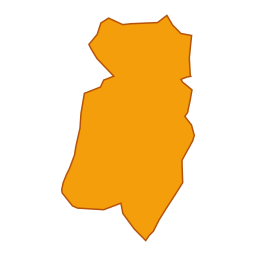 Kateila, Southern Darfur, Sudan (Robinson projection)
{"feature_id": "16777658B63879676437189", "entity_name": "Kateila", "entity_type": "district", "adm_level": 2, "iso_a3": "SDN", "parent_name": "Sudan", "parent_adm1": "Southern Darfur", "projection": "robinson", "projection_center": [24.324, 11.019], "detail": "fine", "context": "isolated", "style": "filled", "palette": "amber", "viewbox_px": 256, "rotation_deg": 0, "n_neighbors": 0, "source": "geoboundaries", "source_scale": "gbopen_adm2", "svg_char_len": 945}
<svg xmlns="http://www.w3.org/2000/svg" viewBox="0 0 256 256"><path d="M191.6,35.5L180.9,33.5L172.6,25.1L166.9,15.4L157.5,22.6L131.4,23.7L122.7,24.6L108.6,18.1L100.9,23.0L97.2,34.4L88.9,44.4L90.8,48.3L94.1,53.8L97.0,58.6L113.8,76.2L103.7,80.1L100.5,87.0L95.5,89.0L84.4,93.3L81.0,113.4L80.0,128.1L75.9,146.4L74.5,155.1L69.4,168.7L66.5,174.5L63.2,182.7L61.7,189.8L62.2,193.0L72.5,205.9L77.6,208.1L103.7,209.7L120.9,203.2L122.9,213.5L134.1,228.8L145.7,240.6L149.2,235.4L153.4,231.2L159.2,219.7L161.1,216.7L165.5,209.6L169.0,204.1L171.1,200.9L172.9,198.1L175.0,194.9L177.6,190.8L181.8,184.0L182.7,182.6L182.1,166.0L182.0,160.3L187.8,149.7L192.7,140.8L194.3,135.4L191.5,125.0L187.0,119.2L184.9,116.5L184.8,116.4L187.6,112.4L188.7,106.9L190.4,99.0L191.1,94.8L192.0,89.9L187.8,86.4L182.7,82.3L180.9,79.4L186.9,77.0L190.8,76.4L190.2,74.9L190.0,70.8L189.3,58.0L190.6,44.9L191.6,35.5L191.6,35.5Z" fill="#f59e0b" stroke="#b45309" stroke-width="1.5"/></svg>